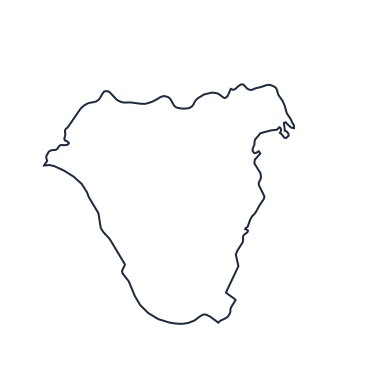 SVG path tracing the border of Kangwŏn-do, rotated 64°
{"feature_id": "PRK-3308", "entity_name": "Kangwŏn-do", "entity_type": "Province", "adm_level": 1, "iso_a3": "PRK", "parent_name": "North Korea", "parent_adm1": "", "projection": "mercator", "projection_center": [127.289, 38.794], "detail": "fine", "context": "isolated", "style": "outline", "palette": "slate", "viewbox_px": 384, "rotation_deg": 64, "n_neighbors": 0, "source": "natural_earth", "source_scale": "10m", "svg_char_len": 3120}
<svg xmlns="http://www.w3.org/2000/svg" viewBox="0 0 384 384"><g transform="rotate(64 192 192)"><path d="M320.8,225.7L312.1,230.2L308.0,233.5L307.0,236.0L307.3,239.5L308.6,246.1L308.0,253.0L306.0,259.1L303.0,264.5L299.5,269.5L291.4,278.1L281.6,284.4L271.1,288.1L260.7,289.0L244.7,288.0L234.6,290.1L232.5,289.6L230.7,287.7L228.7,284.9L227.5,284.0L198.0,286.6L189.0,289.3L184.4,289.8L170.0,285.4L151.2,287.0L146.3,286.5L136.4,287.6L126.2,291.7L116.5,297.8L108.1,304.7L107.2,305.9L105.3,308.3L103.3,313.4L103.2,313.3L101.9,311.0L101.5,310.1L101.0,309.3L100.5,308.5L97.9,308.2L96.6,307.5L95.6,306.9L93.1,303.3L92.7,300.7L93.4,298.4L94.3,296.4L94.4,295.1L94.2,294.1L93.0,292.3L92.7,291.6L92.2,290.2L92.4,289.1L93.0,287.8L93.9,286.4L94.9,283.5L94.7,282.2L94.2,281.3L93.2,281.4L92.4,281.7L91.6,282.1L90.0,283.5L89.2,283.6L87.9,283.3L86.1,281.6L84.8,280.7L83.5,280.1L82.3,279.8L81.3,279.3L80.2,278.2L79.7,277.1L79.6,275.8L79.0,274.5L68.8,256.6L67.7,254.1L66.8,250.3L66.7,247.4L66.7,246.4L67.1,244.4L67.7,242.4L68.0,241.4L68.3,240.2L68.6,238.7L68.4,236.4L67.9,234.9L67.3,233.7L64.1,228.8L63.2,227.0L63.3,226.7L63.6,225.1L64.1,224.2L64.8,223.3L65.7,222.6L66.7,222.1L75.8,219.3L77.7,218.1L79.6,216.6L80.5,215.7L81.9,213.7L84.7,207.7L89.9,199.9L92.1,195.8L92.5,194.2L92.9,192.1L93.4,188.2L93.3,183.0L92.9,179.3L93.0,177.4L93.2,175.8L93.7,174.8L94.4,173.9L95.2,172.9L96.1,172.1L97.1,171.4L98.0,171.0L99.0,170.7L106.2,170.2L107.1,170.0L108.1,169.6L109.0,169.0L109.9,168.2L112.4,164.8L113.7,162.3L114.8,159.6L115.2,157.9L115.3,156.6L115.2,155.6L115.0,154.6L114.7,153.7L114.0,152.4L113.8,152.1L112.9,151.1L111.4,148.9L110.3,145.8L109.6,138.5L111.4,130.4L114.5,125.9L115.7,125.0L120.8,122.4L121.7,121.5L122.1,120.6L121.7,118.9L121.2,117.7L116.3,111.9L118.1,110.4L118.4,109.0L118.4,107.8L117.3,104.5L116.8,101.4L117.2,99.7L118.1,98.6L122.6,97.3L123.9,96.7L125.5,95.3L126.2,94.0L126.5,92.6L126.6,90.1L126.8,88.7L127.8,84.5L128.6,78.3L129.1,76.6L129.9,75.1L130.9,74.0L132.4,72.6L133.6,71.8L134.7,71.2L135.8,70.9L136.9,70.9L142.5,71.8L150.2,70.6L155.2,70.9L162.8,72.3L170.1,71.3L174.0,71.5L175.1,71.2L176.2,71.2L177.2,71.4L179.3,72.3L178.2,73.9L177.4,74.8L170.2,77.5L170.2,79.0L171.9,79.8L175.6,80.9L177.4,81.8L179.2,80.4L181.7,79.7L183.8,80.5L184.7,83.7L183.7,85.2L178.9,86.2L177.4,87.1L176.6,85.9L175.7,85.1L174.7,84.5L173.7,84.4L172.2,84.8L172.3,85.9L173.0,87.2L173.2,88.4L171.4,93.6L170.2,99.2L169.2,104.8L170.9,108.5L172.5,112.4L174.8,114.1L176.5,114.9L179.8,118.5L181.4,119.5L184.4,119.0L185.1,117.3L184.7,115.3L184.7,114.1L187.4,113.8L190.5,121.4L193.6,123.4L205.1,122.2L208.8,123.4L210.6,124.9L211.9,126.7L213.4,128.2L215.5,128.9L226.0,128.8L228.3,129.1L229.9,130.7L233.4,136.9L238.2,143.7L239.2,145.7L240.1,148.5L242.4,151.9L247.6,157.2L248.1,159.7L248.7,160.5L250.1,159.2L251.1,158.6L252.0,159.2L252.6,160.4L253.1,163.5L253.8,165.0L255.0,166.1L256.5,166.6L259.2,168.2L264.4,176.6L267.3,180.0L279.0,182.8L297.2,205.5L299.4,204.6L306.3,200.8L308.2,200.2L312.9,207.6L314.1,208.7L316.7,210.2L318.1,211.6L320.0,215.1L320.0,215.8L320.2,218.6L320.1,222.1L320.7,225.6L320.8,225.7Z" fill="none" stroke="#1e293b" stroke-width="2"/></g></svg>